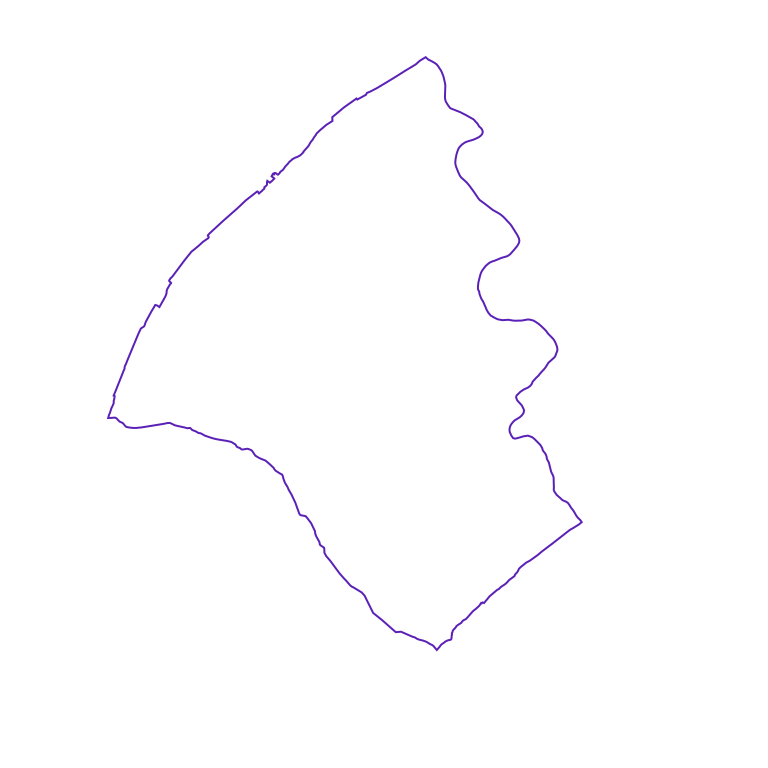 the district of Stanesti, Vâlcea, Romania, rotated 142°
{"feature_id": "2599482B92265495094615", "entity_name": "Stanesti", "entity_type": "district", "adm_level": 2, "iso_a3": "ROU", "parent_name": "Romania", "parent_adm1": "Vâlcea", "projection": "equal_earth", "projection_center": [24.051, 44.813], "detail": "fine", "context": "isolated", "style": "outline", "palette": "violet", "viewbox_px": 768, "rotation_deg": 142, "n_neighbors": 0, "source": "geoboundaries", "source_scale": "gbopen_adm2", "svg_char_len": 6166}
<svg xmlns="http://www.w3.org/2000/svg" viewBox="0 0 768 768"><g transform="rotate(142 384 384)"><path d="M572.8,560.0L574.7,558.8L577.0,557.7L578.2,556.8L579.0,555.8L581.3,554.6L599.7,543.8L604.2,541.3L603.7,540.3L605.5,538.5L607.4,537.1L608.8,535.3L611.7,533.7L613.8,532.7L617.7,530.0L619.8,528.9L622.3,527.0L618.6,524.4L617.2,523.5L616.5,522.9L616.1,522.1L615.9,521.3L615.6,517.4L614.0,514.3L613.8,513.4L613.8,510.6L613.6,509.3L613.4,508.7L611.0,506.0L608.8,503.9L606.1,501.8L601.5,498.9L582.8,488.6L578.2,486.3L576.4,484.7L574.2,480.2L572.8,478.4L568.0,472.6L566.2,470.2L564.8,469.4L563.8,468.6L563.7,468.1L563.4,465.7L561.5,462.6L560.3,459.5L559.1,458.4L558.2,456.7L557.0,453.7L553.9,448.9L551.8,445.9L549.7,443.3L542.7,435.7L540.2,432.6L539.7,431.6L538.4,428.0L538.3,427.6L538.6,425.4L538.5,424.9L538.3,424.3L537.0,422.4L536.7,420.7L536.4,420.0L535.4,419.2L532.0,417.4L531.0,416.5L529.4,413.8L529.1,412.6L529.4,408.3L529.5,407.0L529.3,406.2L528.3,403.5L527.1,401.0L524.9,397.3L524.4,396.1L523.3,390.5L522.7,386.4L522.6,385.7L522.9,384.4L522.7,382.1L520.9,377.1L520.1,375.4L520.3,374.2L521.8,370.6L522.9,367.0L523.4,362.4L524.3,359.0L524.9,354.1L526.9,345.2L530.4,334.6L530.6,333.6L530.6,332.3L530.2,331.6L527.4,328.5L527.1,328.0L527.0,325.5L527.1,319.4L527.3,318.3L529.0,310.6L530.1,308.8L530.8,307.1L531.3,305.0L532.2,299.2L533.4,296.9L533.3,295.9L532.5,293.4L532.2,292.2L532.0,291.9L532.8,290.5L534.8,287.8L535.5,284.0L535.2,277.4L535.5,267.2L535.6,261.7L535.2,255.0L534.9,252.4L534.6,246.1L534.2,244.3L533.4,242.7L529.9,233.5L529.6,229.2L533.5,210.3L530.8,198.8L527.5,181.2L523.1,178.3L517.2,167.4L515.7,165.3L514.9,163.0L513.9,161.2L511.0,157.5L509.3,154.7L507.9,151.0L506.6,148.3L506.3,147.0L506.2,141.9L502.3,142.6L499.8,143.3L498.4,143.4L495.7,143.2L494.1,143.3L491.6,142.7L488.8,141.4L488.2,141.5L487.8,141.7L486.3,143.2L485.7,144.0L484.8,144.5L483.9,145.9L482.8,146.3L481.8,147.2L479.9,147.7L477.9,147.9L476.0,148.6L474.1,148.6L470.0,148.2L468.9,148.7L467.0,148.9L464.0,148.3L453.9,150.2L449.3,150.3L445.5,150.6L442.3,151.6L442.2,151.0L440.7,151.1L440.0,149.8L431.5,151.7L421.3,152.1L419.8,151.7L417.1,152.1L411.7,151.7L409.0,151.9L406.2,152.5L400.1,152.3L399.4,152.3L398.2,153.1L397.5,153.3L395.8,153.5L393.9,154.0L391.4,155.3L388.8,155.6L381.8,155.7L378.1,155.0L368.4,154.6L362.4,154.8L349.7,154.6L327.2,154.6L323.4,154.0L316.8,153.3L313.3,153.4L313.1,155.7L313.6,159.9L313.5,162.2L312.9,166.0L312.7,168.8L312.8,170.0L312.7,172.0L312.4,174.3L312.3,177.1L313.0,179.2L314.5,181.8L315.0,183.2L315.2,185.1L316.2,190.2L316.0,194.2L315.6,195.6L315.1,196.5L314.1,197.5L308.0,205.8L307.2,207.6L306.6,210.8L306.2,212.2L302.4,220.7L301.9,224.0L301.4,225.4L300.7,226.4L299.9,228.7L299.7,231.0L299.8,233.1L299.5,234.5L298.8,236.1L298.3,239.7L299.3,248.0L300.0,250.9L302.4,254.7L306.1,256.8L312.2,259.2L314.4,260.3L315.6,261.9L315.4,265.0L314.6,268.3L314.2,269.2L313.5,270.4L312.2,271.8L311.1,272.7L309.4,273.6L308.3,274.0L305.8,274.6L303.4,274.9L297.6,274.2L294.7,274.4L292.2,275.1L290.7,276.2L290.0,276.9L289.6,277.6L288.7,281.5L288.6,282.6L289.1,289.1L288.3,291.7L288.0,292.3L286.8,293.2L285.7,293.4L281.4,293.9L277.1,293.6L272.6,292.5L269.7,292.5L268.5,292.8L267.5,293.1L265.4,294.3L260.3,295.2L256.8,295.5L254.9,296.1L248.3,297.2L246.0,297.8L241.4,299.5L233.3,300.1L232.1,300.4L226.6,303.8L225.3,305.7L224.5,307.5L223.3,311.6L223.0,313.8L222.9,315.4L223.7,322.5L223.6,326.2L223.9,329.0L224.4,332.3L225.0,335.6L226.0,338.9L226.8,341.1L227.4,342.3L229.6,345.1L231.1,346.4L236.4,349.2L241.8,353.2L243.5,354.8L246.4,358.0L251.4,361.4L254.4,364.8L255.3,366.4L256.3,368.6L257.8,372.3L257.9,375.9L257.5,379.0L255.2,387.6L254.9,390.5L254.7,391.7L253.4,395.9L252.6,397.5L252.0,398.4L251.8,400.3L250.9,401.8L248.9,404.1L247.0,406.0L246.1,406.7L241.2,410.5L239.3,411.8L236.7,413.0L231.4,414.4L228.2,414.6L226.1,414.6L223.4,414.0L221.1,413.1L213.9,411.1L208.1,408.8L205.7,408.6L204.6,408.6L199.1,409.6L194.2,410.7L192.1,411.5L190.5,412.3L189.2,413.5L188.6,414.6L188.0,415.7L187.2,419.6L186.1,430.6L186.1,431.9L186.7,439.4L187.1,442.6L187.7,445.4L188.2,447.1L191.1,454.1L193.8,464.7L195.3,469.9L195.4,472.4L194.9,479.1L194.6,487.9L194.8,492.3L196.0,499.1L196.0,500.7L195.9,501.9L195.4,503.6L195.1,505.3L193.3,511.2L192.6,512.8L191.6,514.5L189.2,517.1L185.4,520.4L182.0,522.7L179.9,523.8L178.6,524.2L175.3,524.7L171.7,524.5L169.6,524.0L163.2,521.5L160.5,520.8L157.1,520.1L154.7,520.1L152.9,520.5L151.5,521.4L151.0,521.8L150.7,522.3L150.2,523.7L150.0,525.3L150.2,527.2L150.5,528.3L150.1,531.4L150.1,532.7L150.3,533.7L150.4,536.5L150.6,537.6L153.8,545.3L156.7,551.5L161.7,560.0L162.0,560.9L161.9,564.6L161.4,568.7L160.2,571.3L158.9,573.1L151.7,581.7L150.3,584.4L147.9,589.5L146.5,594.0L146.1,596.1L145.7,601.0L145.7,603.4L146.3,605.5L147.4,608.3L149.4,612.5L150.0,615.9L156.2,616.6L157.7,616.6L162.1,616.3L175.4,617.9L187.5,619.1L207.2,621.5L214.8,622.9L218.4,623.9L220.1,623.0L229.9,624.6L229.9,625.9L245.4,626.6L260.5,626.1L262.7,623.0L269.8,623.7L278.0,623.4L282.8,622.9L284.5,622.2L287.4,621.4L289.6,620.5L293.0,619.7L296.9,618.1L298.3,617.8L304.4,616.7L304.9,616.2L308.8,615.8L309.8,615.8L312.4,616.3L314.6,617.0L318.2,617.6L318.6,617.4L322.0,617.3L324.3,616.7L327.7,616.2L331.7,615.0L335.0,615.0L336.8,614.4L338.5,614.2L338.9,614.5L339.4,616.6L340.0,617.5L340.6,617.8L341.0,617.5L341.5,616.8L342.0,617.2L342.3,617.9L344.7,616.9L344.0,614.0L344.0,613.4L347.0,613.0L350.0,612.9L350.9,615.9L351.9,615.1L353.3,613.4L354.1,612.8L355.7,612.7L356.9,612.8L357.3,612.6L357.8,611.8L358.1,611.6L360.6,611.5L361.6,611.2L362.3,611.3L365.2,611.1L365.0,613.3L365.4,613.8L379.8,613.8L391.2,612.7L409.9,611.6L428.6,610.1L431.3,609.6L431.5,609.4L431.6,609.0L431.5,608.4L431.6,607.8L432.0,607.4L432.8,607.1L439.1,607.5L445.3,607.0L454.4,606.8L465.0,604.3L484.8,598.9L487.5,598.7L488.4,598.2L489.3,598.0L489.7,597.7L489.9,597.1L489.5,594.8L489.6,594.6L489.9,594.5L491.5,594.2L496.4,592.2L497.4,591.6L498.1,591.0L499.7,589.2L502.2,587.7L504.0,586.9L513.6,582.9L514.1,584.6L514.6,585.8L515.6,587.1L517.8,586.2L522.3,584.5L533.1,579.8L534.5,579.0L536.4,577.7L537.4,577.2L538.1,577.1L540.6,577.4L541.7,577.3L546.8,574.7L572.8,560.0Z" fill="none" stroke="#5b21b6" stroke-width="2"/></g></svg>